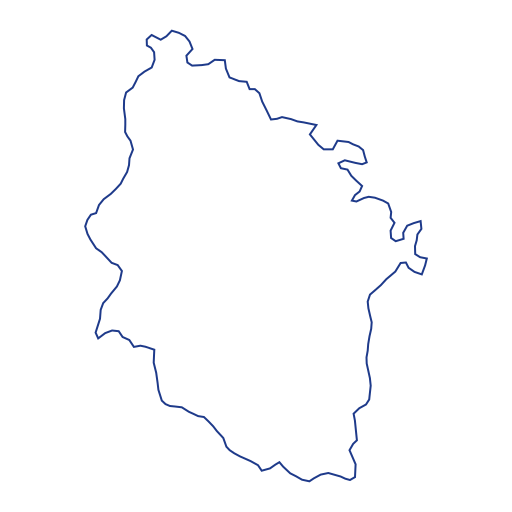 Nuporanga, São Paulo, Brazil (Natural Earth projection)
{"feature_id": "56859067B16762303364783", "entity_name": "Nuporanga", "entity_type": "district", "adm_level": 2, "iso_a3": "BRA", "parent_name": "Brazil", "parent_adm1": "São Paulo", "projection": "natural_earth1", "projection_center": [-47.722, -20.7], "detail": "fine", "context": "isolated", "style": "outline", "palette": "blue", "viewbox_px": 512, "rotation_deg": 0, "n_neighbors": 0, "source": "geoboundaries", "source_scale": "gbopen_adm2", "svg_char_len": 2592}
<svg xmlns="http://www.w3.org/2000/svg" viewBox="0 0 512 512"><path d="M426.8,258.5L420.1,257.2L415.2,254.1L415.0,246.1L416.7,240.3L417.4,234.5L421.4,228.9L420.6,221.1L413.8,223.1L407.2,225.7L403.2,232.8L403.6,238.8L395.7,241.2L391.1,238.0L390.6,230.6L394.5,222.8L390.6,217.8L391.2,212.0L388.2,203.5L383.0,200.6L374.9,197.7L368.7,196.8L364.0,198.0L356.4,201.5L351.9,200.6L355.0,195.1L359.6,191.5L362.1,186.0L356.4,180.8L351.3,175.8L347.5,169.6L340.9,168.2L338.4,163.3L344.8,160.3L355.4,162.9L362.1,164.2L366.7,162.4L364.8,156.6L363.1,150.1L358.7,146.5L353.0,144.3L348.6,142.0L337.5,140.7L332.8,149.3L323.7,149.3L318.3,144.8L309.9,134.4L316.4,125.0L303.7,122.4L297.4,121.4L291.0,119.1L282.0,117.1L277.0,118.8L271.0,119.5L266.6,110.4L262.2,101.6L259.4,93.2L254.8,89.1L249.6,89.1L246.7,81.8L239.0,81.1L229.5,77.4L225.9,68.6L224.8,60.2L214.7,59.8L208.3,64.2L201.7,65.1L192.1,65.6L187.4,62.5L186.4,55.7L192.5,49.0L189.5,41.5L185.1,36.0L178.8,32.8L171.8,30.7L166.4,36.3L160.7,39.7L151.6,35.0L146.7,39.5L146.9,45.5L150.9,47.7L154.1,52.2L154.6,59.8L151.7,67.5L144.5,71.6L138.4,76.2L135.6,82.0L132.7,87.6L126.1,92.5L124.1,100.1L123.9,108.3L125.3,119.1L125.3,124.5L125.1,132.0L127.4,136.4L130.5,140.7L133.0,149.5L129.5,158.3L129.0,165.2L127.1,172.0L123.2,178.7L120.7,183.7L115.8,189.0L110.8,193.9L103.7,199.2L99.0,205.0L96.1,213.1L90.9,214.7L87.4,219.9L85.2,226.3L87.5,233.9L90.4,239.5L96.1,248.3L101.7,252.2L105.1,255.8L111.6,262.8L117.7,265.1L121.9,271.0L119.9,280.3L116.9,286.5L111.1,293.5L107.6,298.4L103.2,303.1L100.7,309.8L100.0,318.8L95.6,332.6L98.2,338.4L105.2,333.1L112.1,330.5L118.7,331.2L122.6,337.0L129.3,340.0L133.9,346.9L140.4,345.7L145.3,346.7L154.3,349.7L154.0,355.7L153.7,362.7L156.2,372.8L157.6,382.9L158.4,389.8L161.8,400.6L165.5,404.1L169.9,406.0L175.0,406.5L181.8,407.3L188.9,411.8L193.3,413.8L198.1,416.1L203.9,417.0L208.5,421.4L213.2,426.3L216.8,431.0L223.3,438.0L226.4,446.7L229.7,450.2L234.1,453.2L240.0,456.4L250.6,461.1L258.0,465.2L261.7,470.7L270.0,468.4L275.4,464.6L279.4,462.2L283.1,466.6L290.2,473.3L296.1,476.3L302.0,479.7L309.4,481.3L313.9,478.3L320.7,474.6L328.3,473.0L340.6,476.5L345.3,478.7L350.0,480.0L355.0,477.1L355.6,464.3L349.5,450.2L353.2,443.8L356.9,440.3L354.9,420.5L353.6,413.7L359.3,408.2L366.0,404.5L369.2,399.5L370.7,385.7L369.9,378.1L366.7,363.5L366.5,357.4L367.7,350.7L368.2,344.1L369.5,336.3L371.2,328.8L371.7,322.3L370.2,316.2L368.4,308.3L367.7,301.6L370.0,294.6L375.1,290.2L380.8,285.2L386.4,279.1L395.3,271.6L400.6,263.0L405.9,262.5L408.6,267.8L414.5,271.9L421.8,274.4L425.1,265.4L426.8,258.5Z" fill="none" stroke="#1e3a8a" stroke-width="2"/></svg>